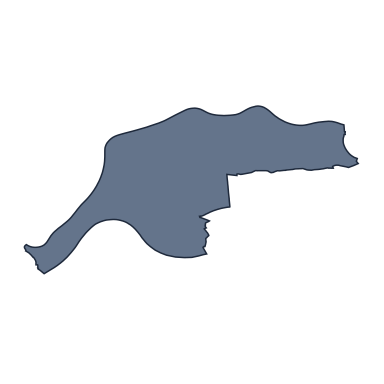 Maasdriel, Gelderland, Netherlands (Robinson projection), rotated 183°
{"feature_id": "6326949B49943230563567", "entity_name": "Maasdriel", "entity_type": "district", "adm_level": 2, "iso_a3": "NLD", "parent_name": "Netherlands", "parent_adm1": "Gelderland", "projection": "robinson", "projection_center": [5.28, 51.786], "detail": "fine", "context": "isolated", "style": "filled", "palette": "slate", "viewbox_px": 384, "rotation_deg": 183, "n_neighbors": 0, "source": "geoboundaries", "source_scale": "gbopen_adm2", "svg_char_len": 5762}
<svg xmlns="http://www.w3.org/2000/svg" viewBox="0 0 384 384"><g transform="rotate(183 192 192)"><path d="M72.0,267.7L73.6,267.3L77.5,266.1L81.5,265.0L83.4,264.6L85.4,264.3L87.3,264.2L89.3,264.2L91.3,264.3L93.2,264.5L95.2,264.8L97.2,265.2L99.1,265.7L101.1,266.3L103.1,267.0L105.0,267.9L107.0,268.8L109.0,269.8L110.9,271.0L112.9,272.2L114.9,273.7L118.8,276.8L120.8,278.2L122.7,279.3L124.7,280.3L126.7,280.9L128.6,281.2L130.6,281.3L132.6,281.0L134.5,280.4L136.5,279.8L138.5,279.0L140.4,278.0L142.4,276.8L144.4,275.5L146.3,274.3L148.3,273.1L150.2,272.3L152.2,271.6L154.2,271.2L156.1,270.9L158.1,270.6L162.0,270.2L164.0,270.0L167.9,270.0L169.9,270.0L171.8,270.1L173.8,270.3L175.8,270.6L177.7,271.0L179.7,271.6L181.7,272.4L185.6,274.2L187.6,275.0L189.5,275.5L191.5,275.8L193.5,275.9L195.4,275.7L197.4,275.4L199.4,274.9L201.3,274.2L203.3,273.2L209.2,269.9L213.1,267.7L215.1,266.5L221.0,263.0L222.9,261.9L224.9,260.9L228.8,259.1L235.4,256.5L236.7,256.0L240.6,254.4L242.6,253.7L250.4,251.0L254.3,249.7L262.2,247.2L266.1,245.9L268.1,245.2L270.1,244.4L272.0,243.5L274.0,242.3L275.5,241.1L277.0,239.6L278.3,238.0L279.4,236.5L280.2,234.9L280.7,233.4L281.1,231.9L281.2,230.3L281.2,228.8L280.9,222.6L280.9,221.1L280.9,218.0L281.0,216.4L281.1,214.9L281.3,213.4L281.8,210.3L282.1,208.7L282.4,207.2L282.8,205.6L283.3,204.1L283.7,202.6L284.8,199.5L285.4,197.9L286.1,196.4L286.8,194.9L287.5,193.3L288.3,191.8L290.0,188.7L292.0,185.6L293.0,184.1L295.3,181.0L296.6,179.4L297.9,177.9L300.7,174.8L302.0,173.3L304.3,170.2L305.5,168.6L306.5,167.1L307.6,165.5L308.7,164.0L309.8,162.5L310.9,160.9L312.1,159.4L313.5,157.8L315.0,156.3L316.6,154.8L318.4,153.2L320.1,151.6L323.7,148.6L325.3,147.0L326.9,145.5L328.3,144.0L329.5,142.4L330.6,140.9L331.5,139.3L334.1,134.7L335.2,133.2L336.8,131.5L338.8,130.2L340.8,129.4L342.7,128.9L344.7,128.6L346.7,128.5L348.6,128.6L350.6,129.0L352.6,129.7L354.5,130.7L354.7,130.8L355.9,129.7L356.4,128.8L356.5,128.5L356.4,127.6L356.3,127.4L356.0,126.9L355.8,126.6L355.3,126.0L355.2,125.8L354.9,125.3L354.8,124.5L354.9,124.4L352.3,123.0L352.1,123.0L349.4,120.7L347.3,118.5L347.1,118.6L346.8,118.4L346.0,117.4L345.1,116.1L344.8,115.6L344.5,115.0L344.4,114.6L344.2,114.1L344.1,113.7L344.1,113.1L344.0,111.1L343.6,111.1L342.9,111.1L342.4,111.2L342.2,110.8L342.0,108.7L342.0,108.3L342.1,108.2L341.6,107.8L341.5,107.6L341.8,107.2L341.3,106.7L340.7,106.6L335.4,102.7L325.7,109.3L325.1,109.7L324.8,110.0L322.8,111.5L319.6,114.2L318.2,115.5L317.2,116.4L315.4,118.3L314.7,119.0L313.3,120.5L309.7,125.0L307.2,128.4L306.5,129.4L305.8,130.4L304.7,132.2L302.0,136.9L301.2,138.1L300.4,139.4L299.7,140.4L297.7,143.1L296.0,145.4L294.4,147.3L290.8,151.2L289.0,152.9L288.1,153.7L287.3,154.4L286.0,155.3L284.7,156.0L283.8,156.5L282.4,157.2L281.8,157.5L279.7,158.3L278.7,158.7L276.5,159.4L275.5,159.6L274.3,159.8L272.2,160.1L269.8,160.4L268.4,160.5L267.3,160.5L265.9,160.5L265.2,160.4L263.7,160.3L263.6,160.2L262.2,160.0L260.9,159.7L259.4,159.4L258.8,159.2L257.2,158.7L256.2,158.3L255.4,157.9L254.8,157.7L254.1,157.2L253.0,156.6L251.8,156.0L249.1,154.0L246.5,151.7L243.9,149.0L241.6,146.4L239.5,143.6L237.0,140.9L236.3,140.1L234.3,138.1L230.7,135.3L225.7,132.0L220.0,129.5L214.2,127.6L205.1,126.2L196.0,126.1L188.7,126.7L182.0,128.5L177.2,130.1L174.1,130.9L177.9,136.8L178.1,137.4L177.1,138.3L176.4,138.0L176.2,138.2L175.8,140.0L175.6,141.3L175.5,142.0L175.3,143.0L175.5,143.4L175.6,144.8L175.8,145.5L175.8,146.0L175.8,146.3L175.6,146.5L174.8,147.3L174.1,148.2L173.6,148.8L173.2,149.0L172.9,149.4L172.9,149.5L173.2,150.1L173.5,150.6L174.4,152.0L174.7,152.3L175.9,153.6L176.3,154.2L176.6,154.5L176.9,154.8L177.3,155.2L177.5,155.3L177.7,155.5L177.8,156.1L176.1,156.8L175.9,156.9L176.2,157.2L177.1,158.6L177.1,159.0L177.0,160.4L176.9,160.3L176.9,161.5L176.8,161.8L176.7,161.9L176.5,162.0L175.5,162.6L174.8,162.9L173.6,163.6L173.1,164.0L175.2,164.8L180.3,166.4L182.0,166.9L182.8,167.0L183.2,168.1L182.9,168.1L182.6,168.3L182.2,168.4L181.7,168.3L180.7,168.6L179.6,169.1L177.7,170.1L177.6,170.3L174.5,171.9L172.8,172.9L171.7,173.4L169.4,174.5L166.8,175.5L165.5,176.0L163.1,176.8L162.2,177.1L160.4,177.6L158.3,178.1L155.7,178.7L154.2,178.9L153.5,179.0L153.4,179.1L153.6,180.7L154.5,186.6L154.5,187.0L155.5,193.1L155.8,195.4L155.9,196.1L156.2,198.2L156.4,199.9L156.5,200.3L156.8,202.1L156.9,203.2L157.2,205.1L157.6,207.5L158.1,211.4L148.0,210.8L148.1,212.2L147.8,212.3L147.4,212.4L147.2,212.5L146.7,212.5L144.1,212.1L143.0,212.4L142.6,212.4L142.3,212.5L133.5,214.6L133.2,214.8L130.1,216.5L129.9,216.6L129.5,216.7L127.9,216.7L122.8,217.0L119.0,217.2L118.5,217.1L118.3,217.1L117.8,217.1L117.4,217.0L116.9,216.7L115.1,215.8L114.6,215.6L114.3,215.5L114.0,215.4L113.7,215.5L112.0,215.8L111.8,215.9L111.5,216.0L110.5,216.6L110.0,216.8L108.3,217.5L107.9,217.7L107.4,217.7L105.8,217.7L105.1,217.8L101.4,218.4L99.4,218.6L99.3,218.8L92.5,219.8L90.4,220.4L89.7,220.5L82.4,221.2L78.3,220.1L76.6,220.0L73.8,220.0L73.4,220.1L71.0,220.7L67.5,221.1L66.1,221.3L63.1,221.9L62.4,222.0L57.9,223.2L57.7,223.2L57.3,223.0L57.1,223.0L56.2,223.0L52.3,223.2L52.2,223.2L52.9,224.9L51.1,225.9L50.7,226.0L49.7,226.3L48.6,226.4L47.9,226.4L46.8,226.4L45.7,226.1L45.1,226.0L39.4,225.2L37.0,224.7L32.1,226.8L27.5,229.1L29.5,231.3L28.7,234.1L30.0,234.5L31.0,234.8L31.9,235.1L32.8,235.6L33.9,236.2L35.0,236.9L35.7,237.4L36.8,238.3L37.4,238.9L39.3,241.0L40.6,242.8L41.0,243.4L41.4,244.0L42.2,245.6L42.6,246.4L43.2,247.9L43.6,249.6L43.7,250.7L43.8,252.0L43.8,253.1L43.7,253.8L43.6,254.4L43.3,255.3L43.1,257.4L42.0,257.5L42.2,258.3L42.3,258.8L42.3,259.0L42.2,259.0L42.1,259.3L42.1,260.2L42.9,260.3L43.8,267.0L46.9,267.7L50.2,268.7L51.5,269.0L53.4,269.4L55.3,269.7L56.0,269.8L57.1,269.8L58.0,269.8L59.4,269.8L60.8,269.6L63.2,269.3L66.9,268.7L68.9,268.4L72.0,267.7Z" fill="#64748b" stroke="#1e293b" stroke-width="1.5"/></g></svg>